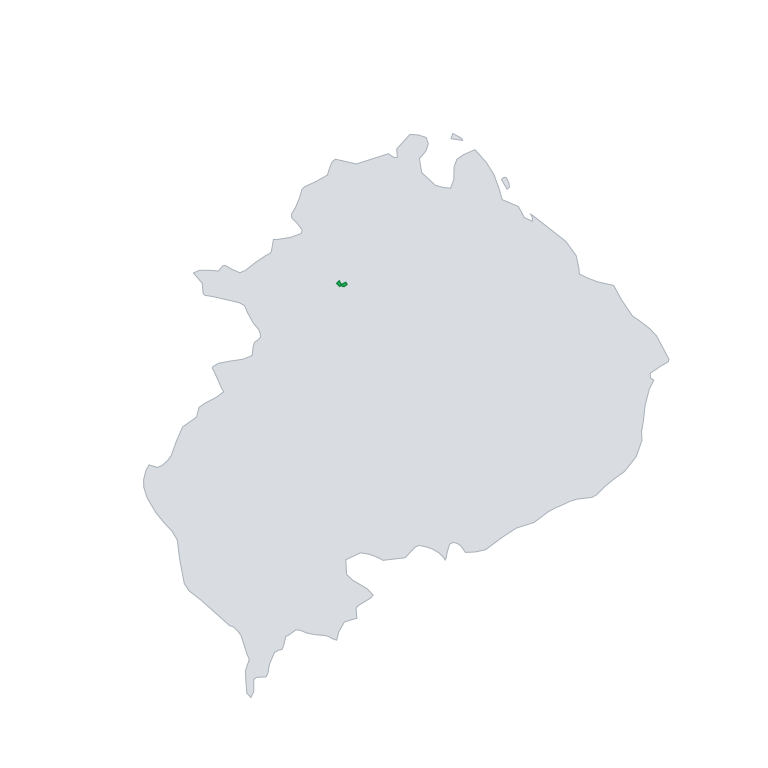 Mean Chey, Phnom Penh, Cambodia shown in context, rotated 154°
{"feature_id": "14789045B35009780503232", "entity_name": "Mean Chey", "entity_type": "district", "adm_level": 2, "iso_a3": "KHM", "parent_name": "Cambodia", "parent_adm1": "Phnom Penh", "projection": "albers", "projection_center": [104.901, 11.516], "detail": "fine", "context": "in_parent", "style": "filled", "palette": "green", "viewbox_px": 768, "rotation_deg": 154, "n_neighbors": 0, "source": "geoboundaries", "source_scale": "gbopen_adm2", "svg_char_len": 3799}
<svg xmlns="http://www.w3.org/2000/svg" viewBox="0 0 768 768"><g transform="rotate(154 384 384)"><path d="M641.1,160.6L642.8,166.3L638.6,177.1L634.2,187.0L625.8,195.6L625.5,201.9L622.7,220.7L623.9,226.7L625.9,231.8L628.7,234.5L636.2,252.9L643.0,269.6L649.8,283.3L651.0,292.0L645.1,314.0L638.2,334.4L639.0,344.4L642.1,354.5L645.4,368.0L646.8,385.2L645.2,396.4L642.0,403.4L635.9,410.6L630.6,414.3L624.2,408.3L619.0,408.1L612.2,410.0L606.8,412.8L595.9,423.4L583.8,433.7L567.0,436.4L560.5,444.1L553.5,445.2L540.1,445.6L531.4,447.4L531.8,451.3L531.2,469.3L531.4,473.5L530.1,474.6L524.0,475.2L513.8,472.5L499.9,468.1L490.1,467.4L485.0,475.3L482.0,478.3L478.3,478.8L474.4,480.2L473.1,483.7L472.8,488.1L474.7,495.6L475.4,507.5L475.0,515.6L478.6,520.7L499.9,537.9L506.1,542.2L506.9,544.8L503.2,554.2L506.6,567.3L499.9,567.1L488.8,561.5L483.5,558.1L477.1,560.8L474.8,560.3L470.5,553.9L464.8,547.2L458.9,546.8L446.6,549.5L434.0,551.3L429.2,551.3L427.2,552.5L419.9,562.4L416.8,560.7L404.1,556.9L392.5,555.5L390.1,558.1L391.5,566.1L394.1,574.0L392.6,577.3L386.2,581.4L377.8,588.9L372.6,594.7L369.0,596.1L356.1,595.8L343.3,596.6L338.2,602.0L333.4,606.3L329.2,607.4L312.5,593.9L279.3,589.1L275.7,583.1L272.6,581.9L269.5,589.7L251.2,597.0L243.6,592.5L238.0,587.0L238.9,580.4L244.2,575.0L253.3,571.1L257.5,557.5L250.7,540.0L244.7,534.8L238.3,530.8L231.6,537.2L225.9,548.3L220.0,554.0L211.6,555.3L199.5,554.7L194.9,538.1L193.4,523.8L195.1,507.6L197.0,497.9L185.4,484.6L184.9,471.9L179.3,465.3L177.6,468.6L177.7,472.3L176.1,469.6L158.0,432.3L155.0,415.1L158.3,401.9L160.2,397.4L154.9,390.4L147.5,382.4L134.4,371.9L133.6,355.5L130.9,336.1L127.0,329.5L121.0,317.5L117.9,307.6L117.0,281.5L118.7,279.4L128.0,278.7L140.0,276.9L141.9,272.7L139.8,269.2L147.5,263.4L158.6,250.5L167.1,237.0L173.3,228.5L177.0,220.0L189.3,208.1L206.3,199.9L217.8,198.0L229.8,195.3L241.3,191.3L246.8,190.9L261.0,195.9L268.7,197.1L276.8,197.1L285.2,197.6L292.5,197.2L309.9,193.8L328.4,196.5L345.0,194.4L365.4,190.5L375.5,193.0L384.6,196.9L385.9,204.9L388.0,208.5L391.1,211.3L395.2,211.3L400.4,205.8L404.7,200.0L406.2,199.0L406.4,201.8L408.6,208.0L412.5,214.1L416.4,218.1L423.0,223.5L427.3,223.8L441.3,218.6L462.3,226.0L464.7,229.7L471.6,237.2L479.0,242.6L495.3,242.8L501.1,229.5L498.3,221.5L488.9,207.4L486.3,199.1L489.3,197.6L505.0,196.0L507.6,194.4L511.1,185.2L515.3,186.2L524.1,187.4L533.3,181.1L538.8,174.5L541.8,177.5L545.1,182.0L548.7,184.7L555.4,188.6L562.7,194.1L567.3,199.5L571.0,201.6L580.4,200.0L582.9,200.2L588.3,193.6L592.1,190.0L595.4,191.0L600.1,190.8L609.8,182.3L615.4,174.6L618.4,172.5L627.2,176.2L630.7,175.4L635.7,164.8L641.1,160.6ZM188.8,516.1L186.9,517.1L185.2,517.1L183.5,515.5L183.7,509.5L185.0,505.9L188.0,505.2L188.8,516.1ZM216.2,575.1L212.4,579.1L206.5,570.8L206.6,568.5L216.2,575.1Z" fill="#d9dde1" stroke="#a8b0b8" stroke-width="1"/><path d="M382.4,495.0L382.1,494.5L382.0,494.2L381.5,492.6L381.2,491.7L381.0,491.2L380.8,491.2L380.6,491.3L380.4,491.4L380.2,491.5L379.9,491.6L379.7,491.6L379.4,491.6L379.2,491.5L379.1,491.4L379.0,491.1L378.9,490.9L378.8,490.6L378.6,490.4L378.5,490.1L378.4,490.0L378.3,489.9L378.1,489.9L377.8,489.8L377.7,489.8L377.6,489.7L377.5,489.4L377.4,489.4L377.2,489.3L377.1,489.2L376.8,489.3L376.7,489.2L376.5,489.3L376.4,489.3L376.2,489.4L375.8,489.4L375.6,489.4L375.3,489.5L374.8,489.5L374.4,489.6L374.0,489.7L373.7,489.7L373.7,489.8L373.7,490.0L373.7,490.3L373.8,490.5L373.8,490.8L373.8,491.0L373.8,491.4L373.8,491.7L373.8,491.9L373.8,492.0L374.4,492.1L374.8,492.1L375.1,492.1L375.7,492.1L376.0,492.1L376.3,492.1L376.5,492.1L377.0,492.1L377.3,492.0L377.5,492.1L378.0,492.2L378.4,492.3L378.6,492.4L378.9,492.4L379.0,492.4L379.0,492.9L379.0,493.1L379.0,493.5L379.0,493.9L379.0,494.1L379.0,496.2L379.8,496.0L381.3,495.5L382.4,495.0Z" fill="#22c55e" stroke="#15803d" stroke-width="1.5"/></g></svg>